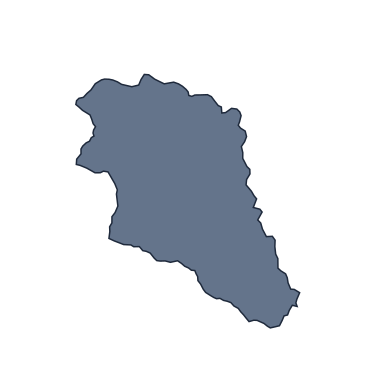 outline of Santa Inês, Paraíba, Brazil, rotated 204°
{"feature_id": "56859067B59981406570514", "entity_name": "Santa Inês", "entity_type": "district", "adm_level": 2, "iso_a3": "BRA", "parent_name": "Brazil", "parent_adm1": "Paraíba", "projection": "orthographic", "projection_center": [-38.582, -7.667], "detail": "fine", "context": "isolated", "style": "filled", "palette": "slate", "viewbox_px": 384, "rotation_deg": 204, "n_neighbors": 0, "source": "geoboundaries", "source_scale": "gbopen_adm2", "svg_char_len": 2140}
<svg xmlns="http://www.w3.org/2000/svg" viewBox="0 0 384 384"><g transform="rotate(204 192 192)"><path d="M52.7,143.8L59.0,144.6L62.3,143.4L67.3,148.1L70.1,152.4L73.2,155.3L78.7,156.1L82.5,157.4L86.5,166.1L90.3,169.3L94.1,175.8L96.5,181.8L100.6,184.2L105.9,181.5L112.5,186.7L116.6,191.6L120.6,193.2L119.8,202.2L123.0,203.9L129.7,202.8L130.2,212.0L133.8,213.8L138.1,216.9L145.5,220.5L147.2,225.6L146.4,232.1L148.4,236.2L152.2,237.6L156.5,241.1L159.3,243.3L161.6,248.6L165.4,253.6L164.4,259.4L164.7,264.8L168.2,269.3L173.7,270.1L176.9,271.8L177.1,275.4L178.2,281.7L180.9,284.5L184.8,286.0L189.9,284.5L193.6,278.2L196.9,276.3L199.8,281.6L203.2,281.6L208.3,284.3L213.1,287.0L217.4,287.2L224.0,284.0L228.8,281.8L231.0,279.3L234.2,278.9L236.2,281.8L239.1,283.3L243.7,284.7L248.3,285.3L253.4,284.9L261.4,279.5L272.0,279.9L279.2,281.5L283.4,280.0L284.3,274.1L284.2,268.0L289.8,263.7L300.1,261.7L304.9,262.3L309.9,262.1L313.5,261.3L317.8,259.6L320.3,257.6L324.4,251.6L325.8,244.1L328.0,239.4L329.7,234.3L333.4,231.6L334.6,228.5L333.7,224.7L329.7,223.6L325.3,222.1L321.7,221.6L316.5,220.9L313.2,217.7L310.1,214.2L306.7,212.4L307.1,208.6L306.4,205.6L304.3,203.2L306.1,200.7L306.3,196.7L308.7,193.8L310.5,189.5L310.9,186.1L308.9,181.7L310.7,175.1L308.9,170.1L305.1,170.8L297.8,171.0L288.4,170.1L283.6,172.3L281.4,175.0L276.9,176.2L266.0,168.3L261.1,163.6L260.2,159.4L254.0,149.0L253.9,141.9L255.1,136.9L252.6,131.2L253.1,126.7L251.0,122.5L249.0,115.8L243.0,115.7L237.6,116.0L233.0,116.2L226.3,118.8L223.0,118.3L217.9,120.7L213.1,118.4L209.7,119.2L205.3,119.2L199.6,116.2L196.3,115.0L192.9,116.0L188.5,118.1L183.1,119.0L177.2,123.3L172.7,122.5L168.4,121.2L164.3,121.2L160.8,120.3L157.5,121.4L154.9,118.9L152.4,117.0L150.5,113.4L146.7,111.4L142.1,107.7L138.7,105.8L133.3,105.0L129.3,104.5L126.2,104.5L123.2,106.2L119.1,105.8L115.5,106.5L111.5,106.8L107.3,104.9L102.4,104.5L98.6,102.3L94.8,100.7L91.8,99.1L87.2,96.8L83.4,100.0L80.3,101.2L72.7,101.2L68.6,100.1L65.2,99.7L61.2,102.7L57.7,105.4L57.4,111.2L57.5,116.3L54.7,118.5L55.0,123.5L54.3,129.3L49.4,130.2L52.0,132.9L52.6,136.6L52.7,143.8Z" fill="#64748b" stroke="#1e293b" stroke-width="1.5"/></g></svg>